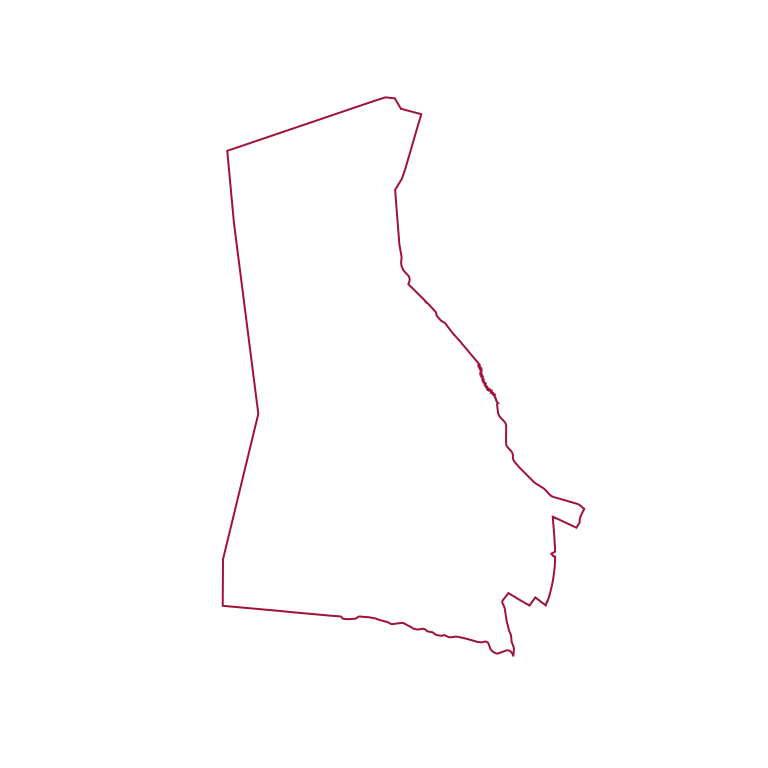 the district of Deurne, Noord-Brabant, Netherlands, rotated 203°
{"feature_id": "6326949B59687324731711", "entity_name": "Deurne", "entity_type": "district", "adm_level": 2, "iso_a3": "NLD", "parent_name": "Netherlands", "parent_adm1": "Noord-Brabant", "projection": "orthographic", "projection_center": [5.787, 51.428], "detail": "fine", "context": "isolated", "style": "outline", "palette": "rose", "viewbox_px": 768, "rotation_deg": 203, "n_neighbors": 0, "source": "geoboundaries", "source_scale": "gbopen_adm2", "svg_char_len": 5758}
<svg xmlns="http://www.w3.org/2000/svg" viewBox="0 0 768 768"><g transform="rotate(203 384 384)"><path d="M485.5,651.2L494.7,648.4L503.8,640.6L619.4,537.4L585.2,473.9L528.6,376.9L495.2,319.7L488.3,308.0L488.0,307.2L487.8,306.1L463.7,159.7L445.8,116.8L389.3,135.0L381.7,137.3L362.8,143.4L342.5,149.9L333.4,153.0L332.6,153.1L331.9,152.8L331.3,152.4L330.0,152.0L328.3,152.3L323.8,154.1L318.9,156.7L318.2,157.2L317.7,157.9L317.0,159.2L316.1,160.2L315.0,160.7L311.6,161.7L306.8,163.4L300.8,164.7L299.8,164.9L296.0,165.0L287.9,166.2L287.1,166.2L284.3,165.9L283.2,166.0L282.4,166.3L274.6,170.9L273.3,171.4L272.2,171.5L263.6,170.7L261.2,170.2L260.2,170.6L257.9,170.9L257.3,171.0L256.4,171.5L253.1,173.6L252.1,174.0L251.6,174.1L250.5,174.2L249.8,174.0L247.9,173.4L247.3,173.3L246.6,173.4L242.4,174.4L241.6,174.3L238.9,173.5L238.1,173.4L237.5,173.5L233.7,174.4L232.9,174.6L232.5,174.8L230.8,176.2L230.0,176.4L225.8,176.3L224.9,176.4L222.3,177.6L220.8,178.6L219.3,179.5L216.5,180.3L212.7,181.0L211.8,181.2L204.2,182.3L197.4,183.1L196.0,183.4L194.4,183.9L193.1,184.5L192.3,184.9L190.5,186.3L189.6,186.7L189.1,186.8L187.9,186.7L187.0,186.4L186.6,186.0L186.2,185.7L183.2,182.4L182.3,181.5L180.8,180.7L178.9,180.1L177.8,180.0L175.5,179.9L174.8,180.0L173.8,180.4L172.7,181.4L169.0,184.9L167.4,186.4L166.7,186.9L165.8,187.3L165.5,187.4L164.5,187.5L163.8,187.5L162.9,187.3L162.2,187.0L160.0,185.5L159.7,185.1L158.6,183.8L159.0,185.2L160.7,190.4L161.0,191.1L161.3,191.7L162.2,192.8L165.5,196.3L166.3,197.4L168.0,200.8L168.9,202.2L169.9,203.4L171.7,205.0L172.6,206.0L177.8,212.8L178.5,213.8L185.0,224.3L185.9,225.5L189.5,228.8L189.8,229.3L190.1,229.8L190.2,230.4L190.2,231.0L190.1,231.6L188.4,237.6L188.1,239.2L187.8,240.1L180.6,239.1L180.0,239.1L179.3,239.0L178.7,238.8L166.3,237.2L165.7,237.3L163.5,236.9L161.3,246.7L157.4,245.7L154.3,244.8L151.2,244.1L148.7,243.4L148.8,244.4L149.0,247.2L148.6,247.2L148.9,252.5L149.3,255.6L150.3,261.8L150.8,264.9L151.2,266.5L151.5,268.0L152.2,271.1L153.7,276.4L153.8,277.2L154.3,278.7L155.1,281.4L157.2,287.3L159.1,292.0L160.7,291.6L163.7,293.1L161.0,296.5L162.8,300.4L168.4,311.7L172.8,320.1L174.3,322.9L176.7,327.6L175.0,327.5L175.2,327.8L150.7,326.9L149.8,332.9L150.6,334.7L150.9,335.7L151.1,336.7L151.3,338.6L151.3,340.4L151.0,346.1L151.0,347.1L150.9,347.1L150.9,347.4L152.5,347.7L155.3,348.7L156.6,349.0L158.6,349.2L159.8,349.1L183.8,346.2L185.5,346.2L186.7,346.4L187.9,346.8L194.7,349.8L196.2,350.3L205.3,351.7L207.4,352.2L226.4,359.9L233.2,363.2L234.4,364.0L234.9,364.4L235.9,365.5L236.5,366.4L237.3,368.4L237.7,369.2L238.7,370.4L239.1,370.8L240.1,371.5L240.8,371.9L245.8,374.2L247.0,375.1L247.9,376.2L248.7,377.6L255.1,393.1L255.8,394.2L256.3,394.9L257.6,395.9L258.2,396.2L264.8,399.2L265.6,399.8L266.6,400.7L267.8,402.1L272.0,409.5L272.0,409.8L272.0,410.3L271.5,411.0L272.3,411.1L272.8,411.4L273.1,411.6L273.2,411.9L273.7,412.2L274.1,412.8L274.7,413.0L274.8,413.2L274.9,413.5L275.3,414.3L276.6,414.8L276.8,415.1L276.8,415.3L276.8,415.7L277.7,416.1L278.0,416.6L278.0,416.9L278.0,417.2L277.8,417.4L277.8,417.6L278.4,417.5L278.7,417.3L278.9,416.9L279.2,416.7L279.4,416.8L279.3,417.0L279.1,417.3L279.9,418.1L279.9,418.3L280.1,418.3L280.2,418.2L280.2,417.9L280.4,417.8L280.8,417.7L281.3,417.8L281.5,418.0L281.6,418.6L281.8,418.6L282.0,418.3L282.1,418.2L282.1,418.3L282.2,418.6L281.9,419.0L282.0,419.2L282.3,419.4L282.5,419.6L282.5,419.8L282.8,419.6L282.8,419.2L283.1,419.2L283.2,419.8L283.4,420.0L283.5,420.0L284.1,419.3L284.3,419.4L284.3,419.6L284.2,419.9L284.2,420.0L284.3,420.1L284.8,419.7L284.7,419.1L284.8,419.0L285.0,419.1L285.8,419.0L285.7,420.0L285.6,420.6L285.9,420.6L286.0,419.9L286.3,420.0L286.2,420.3L286.4,420.3L286.7,420.2L286.9,419.7L287.4,419.7L287.7,419.9L288.0,420.6L288.2,421.0L287.9,421.3L287.9,421.8L288.1,421.9L288.3,421.8L288.6,421.1L288.8,421.0L289.2,421.2L289.3,421.7L289.5,421.8L290.4,422.0L290.5,422.1L290.1,422.5L290.0,422.8L290.3,423.0L290.4,422.9L290.5,422.6L290.8,422.5L290.9,422.9L291.2,423.2L291.2,423.4L291.0,423.6L290.7,424.3L291.1,424.4L291.3,424.2L291.5,424.0L291.7,423.8L291.9,423.9L292.0,424.4L292.2,424.6L292.7,424.3L293.1,424.3L293.2,424.5L293.0,424.9L292.8,425.1L292.8,425.3L293.0,425.4L293.5,425.5L294.1,425.3L294.5,425.4L294.8,425.9L294.7,426.0L294.0,426.0L293.9,426.2L294.4,426.7L294.4,426.9L294.2,427.3L294.2,427.5L294.3,427.6L294.9,427.7L295.0,427.5L295.0,427.3L295.1,427.2L295.6,427.4L295.6,427.5L295.4,428.0L296.2,428.9L296.0,429.5L296.3,429.7L296.7,429.2L297.2,428.9L297.4,428.8L297.5,429.2L297.2,430.4L297.3,430.6L297.5,430.6L297.7,430.0L297.8,430.0L298.0,430.2L298.1,431.1L298.3,431.1L298.4,430.9L298.7,430.2L298.9,430.2L299.4,431.3L299.8,431.7L299.6,432.2L299.4,432.3L299.1,432.5L298.8,433.0L298.8,433.3L300.0,434.4L300.7,434.3L300.8,434.4L301.0,434.8L300.8,435.2L300.7,435.3L300.4,435.0L299.8,435.5L300.2,436.0L300.7,435.8L300.8,436.1L301.0,436.7L301.2,436.8L301.2,436.7L301.3,435.9L302.0,435.8L302.0,436.7L302.1,436.8L302.3,436.7L302.7,436.3L303.5,436.7L303.6,436.9L303.8,437.2L303.8,437.4L304.3,437.7L304.4,437.9L304.2,438.0L303.8,438.0L304.1,438.5L303.4,438.7L303.3,438.8L303.8,439.1L303.9,439.4L309.0,441.9L327.2,451.2L328.1,451.5L328.3,451.8L329.2,452.3L339.9,457.3L339.9,457.2L351.6,463.9L356.3,464.6L361.6,467.1L362.2,467.6L364.2,470.3L365.0,470.7L372.0,473.9L376.1,475.7L376.4,475.7L376.5,475.4L378.2,476.1L378.2,476.5L400.6,485.4L400.7,488.0L400.7,488.6L401.0,489.5L401.1,490.0L401.6,490.9L402.1,491.6L402.5,492.0L403.1,492.7L403.9,493.2L405.2,493.8L408.5,495.2L409.4,495.7L410.7,496.4L411.9,497.4L412.9,498.3L414.0,499.6L414.7,500.7L415.5,502.1L415.9,503.0L416.9,506.4L417.6,508.1L424.4,518.5L449.6,567.0L447.7,580.1L448.5,590.5L450.9,611.0L453.1,629.3L455.1,646.9L475.2,644.1L475.9,643.9L484.7,650.5L485.5,651.2Z" fill="none" stroke="#9f1239" stroke-width="2"/></g></svg>